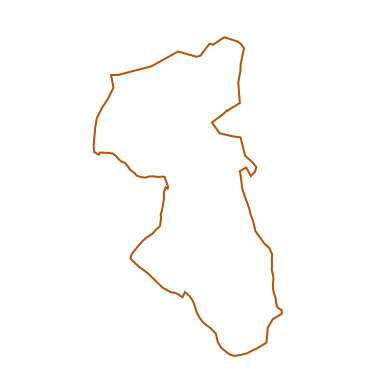 Sabuwa, Katsina, Nigeria (Natural Earth projection), rotated 7°
{"feature_id": "59680162B20254719160886", "entity_name": "Sabuwa", "entity_type": "district", "adm_level": 2, "iso_a3": "NGA", "parent_name": "Nigeria", "parent_adm1": "Katsina", "projection": "natural_earth1", "projection_center": [7.05, 11.346], "detail": "fine", "context": "isolated", "style": "outline", "palette": "amber", "viewbox_px": 384, "rotation_deg": 7, "n_neighbors": 0, "source": "geoboundaries", "source_scale": "gbopen_adm2", "svg_char_len": 2219}
<svg xmlns="http://www.w3.org/2000/svg" viewBox="0 0 384 384"><g transform="rotate(7 192 192)"><path d="M90.1,164.4L91.6,164.6L92.6,165.4L93.8,166.1L95.3,166.1L95.5,164.1L103.6,163.4L108.7,163.5L111.7,165.2L114.6,167.8L118.2,170.4L121.9,171.3L125.5,174.7L127.6,177.3L130.6,179.0L133.5,180.8L134.9,182.5L139.3,183.4L143.7,183.5L147.4,181.8L151.9,181.1L156.3,181.2L160.7,180.3L162.9,180.3L167.5,189.4L167.4,191.7L166.7,191.4L165.2,190.7L164.1,195.6L165.0,202.7L164.4,214.5L163.7,217.2L163.8,218.9L164.5,221.9L164.4,229.6L162.2,232.2L160.8,233.8L158.6,237.2L157.1,238.9L155.0,240.6L152.0,243.1L150.6,244.8L149.1,246.5L146.9,249.8L145.5,251.5L144.0,254.1L142.7,256.1L141.8,257.4L141.5,258.0L139.6,261.6L138.9,265.0L140.4,266.6L143.9,269.4L149.0,272.9L158.4,278.3L167.7,285.4L174.9,290.8L178.0,291.9L181.9,293.6L184.1,294.3L186.0,294.0L188.2,294.3L189.7,294.9L191.4,295.5L192.6,296.3L195.4,297.6L197.2,292.2L202.0,295.4L205.0,298.6L206.8,301.2L211.7,311.6L215.0,316.0L218.7,319.9L222.2,322.1L227.1,325.0L233.0,329.7L234.6,334.6L235.9,337.7L239.6,342.7L242.4,344.7L248.9,348.5L253.8,349.5L259.7,348.0L266.8,345.1L272.4,341.1L274.8,339.9L283.7,332.9L283.8,332.8L284.3,331.6L283.7,317.3L287.7,308.3L295.9,302.0L295.2,297.9L293.7,297.7L290.7,296.0L289.1,292.0L287.7,286.5L285.3,281.7L284.0,277.1L283.5,272.7L283.5,269.6L283.0,266.2L281.5,261.9L280.7,259.8L280.4,256.0L279.4,248.5L279.2,244.2L275.6,238.3L270.4,234.7L268.1,232.2L259.7,223.1L257.3,216.2L255.9,212.6L253.2,207.9L250.9,201.7L244.4,188.6L241.7,183.4L239.6,175.1L238.5,170.5L236.9,165.6L242.8,161.1L248.5,169.0L252.0,164.2L252.3,162.7L252.8,159.4L248.4,155.2L240.3,149.5L235.5,137.1L233.6,131.9L225.2,131.7L212.4,130.4L203.3,120.6L214.2,110.1L216.7,106.8L217.2,107.1L218.1,106.5L218.9,105.4L224.0,101.6L228.7,97.7L227.9,94.3L226.2,85.9L224.6,77.5L225.3,65.5L224.7,59.2L226.1,42.9L222.5,39.1L219.2,37.1L205.1,34.5L195.1,43.1L191.3,42.8L183.8,55.6L180.1,57.2L167.8,55.3L161.2,54.2L136.2,72.3L115.6,80.4L112.1,81.8L105.0,84.6L97.4,85.8L98.7,89.7L101.3,98.0L97.2,109.8L95.2,113.9L92.6,119.2L91.4,122.4L88.6,129.9L88.5,130.5L88.4,133.3L88.3,135.2L88.3,135.7L88.1,139.9L88.6,155.2L88.6,155.3L89.0,160.0L90.1,164.4Z" fill="none" stroke="#b45309" stroke-width="2"/></g></svg>